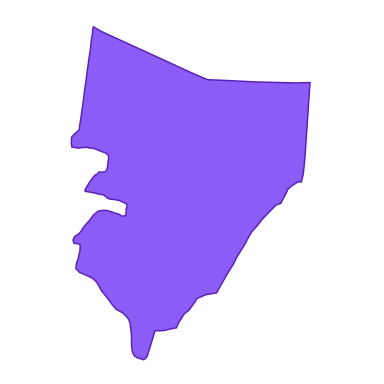 outline of Badra, Wasit, Iraq, rotated 179°
{"feature_id": "34846034B90360229888797", "entity_name": "Badra", "entity_type": "district", "adm_level": 2, "iso_a3": "IRQ", "parent_name": "Iraq", "parent_adm1": "Wasit", "projection": "mercator", "projection_center": [46.047, 33.067], "detail": "fine", "context": "isolated", "style": "filled", "palette": "violet", "viewbox_px": 384, "rotation_deg": 179, "n_neighbors": 0, "source": "geoboundaries", "source_scale": "gbopen_adm2", "svg_char_len": 2817}
<svg xmlns="http://www.w3.org/2000/svg" viewBox="0 0 384 384"><g transform="rotate(179 192 192)"><path d="M311.4,239.2L310.1,238.8L304.9,237.9L300.9,238.3L296.4,238.6L295.0,238.1L292.6,237.6L290.5,237.6L287.9,236.7L284.9,235.4L281.1,233.8L278.2,232.8L276.4,231.6L274.8,229.4L274.8,226.3L275.4,224.4L275.6,223.2L275.6,221.2L276.2,218.1L276.6,216.2L277.4,214.5L279.0,213.5L280.4,213.5L282.7,213.5L284.9,213.5L285.9,212.1L286.5,211.4L288.7,210.6L290.5,208.5L293.4,204.9L296.2,200.5L297.8,197.9L298.8,196.4L298.8,194.7L297.8,194.3L295.8,194.0L293.2,193.5L289.1,192.6L284.5,191.4L282.9,191.1L280.9,190.9L278.8,189.4L276.6,187.3L275.4,186.8L274.0,186.3L272.2,186.1L269.5,185.8L267.1,185.3L265.1,184.9L262.9,183.9L259.8,182.4L257.8,181.2L257.2,180.0L257.4,178.1L257.9,176.9L258.2,175.9L258.2,174.2L258.2,172.1L258.6,170.4L259.4,169.4L260.7,169.2L262.5,169.2L263.9,170.1L265.5,171.1L267.9,171.8L272.6,173.5L276.0,174.7L280.2,175.2L282.9,175.0L285.7,174.7L288.1,173.0L291.4,170.1L293.8,166.8L296.6,163.6L298.0,162.2L302.1,157.4L302.5,156.4L303.1,155.2L304.5,153.7L306.3,151.8L310.3,149.4L311.8,146.0L311.2,143.6L310.5,142.6L308.5,142.6L305.5,141.7L304.9,141.2L304.7,139.5L305.1,134.9L307.3,126.2L308.1,124.8L309.1,120.7L309.3,119.0L309.3,117.3L307.5,115.4L305.7,113.4L303.5,112.5L302.1,112.0L297.0,109.6L292.8,107.4L289.1,103.8L287.1,100.4L284.5,95.3L278.2,87.1L273.0,79.8L269.5,75.7L268.1,75.0L263.3,72.3L259.2,68.2L257.0,64.6L256.0,60.0L255.4,53.7L255.0,49.8L255.0,47.4L255.0,46.6L255.0,45.7L255.2,42.1L255.0,38.5L254.6,34.3L253.8,31.7L253.0,30.0L252.0,28.8L248.5,26.7L246.0,26.1L243.4,25.1L241.4,26.3L239.7,28.6L233.7,46.6L231.5,53.9L222.5,53.9L218.2,55.0L209.9,56.5L207.5,62.0L205.3,64.9L202.6,69.5L200.9,71.0L197.1,73.9L192.9,79.4L188.6,85.5L184.5,87.2L181.6,88.4L179.1,89.3L176.2,89.6L169.2,90.7L166.0,96.2L157.6,110.4L152.2,118.6L148.3,126.1L140.1,138.8L135.7,146.7L133.1,151.0L127.7,156.8L122.2,163.5L117.8,168.1L110.8,175.0L110.2,175.6L107.9,177.6L103.5,179.1L99.9,185.5L97.0,190.9L96.5,192.7L92.4,196.2L86.0,200.2L82.4,200.2L80.3,208.9L78.5,224.3L72.1,299.4L77.9,299.3L85.0,299.2L124.4,300.8L153.9,302.8L174.5,304.0L189.8,310.9L279.2,353.8L281.2,355.0L283.9,356.5L286.3,358.1L287.6,358.9L287.9,357.9L288.5,356.0L288.6,355.3L288.5,353.3L288.8,352.0L289.0,351.1L289.3,349.1L290.0,345.7L290.7,340.0L291.0,336.9L291.9,331.9L293.0,325.4L293.7,320.4L294.6,315.5L295.2,310.8L295.6,308.6L296.0,305.2L296.8,301.0L297.2,297.8L297.7,295.3L298.1,292.4L298.7,286.9L299.3,284.0L299.7,280.9L300.3,277.3L300.9,273.9L301.3,270.6L302.2,265.8L302.4,264.0L302.9,262.2L303.2,260.2L303.3,258.5L303.5,257.5L303.5,256.7L304.1,255.8L305.9,254.2L308.3,252.2L309.2,251.2L310.9,249.5L311.5,248.6L311.6,248.4L311.6,246.7L311.6,244.7L311.9,242.4L311.4,241.1L311.4,239.9L311.4,239.2Z" fill="#8b5cf6" stroke="#5b21b6" stroke-width="1.5"/></g></svg>